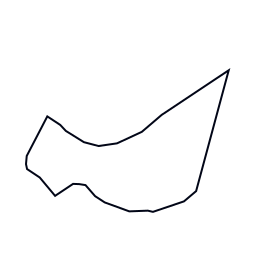 outline of Šalovci, rotated 110°
{"feature_id": "SVN-196", "entity_name": "Šalovci", "entity_type": "Municipality", "adm_level": 1, "iso_a3": "SVN", "parent_name": "Slovenia", "parent_adm1": "", "projection": "albers", "projection_center": [16.282, 46.821], "detail": "fine", "context": "isolated", "style": "outline", "palette": "ink", "viewbox_px": 256, "rotation_deg": 110, "n_neighbors": 0, "source": "natural_earth", "source_scale": "10m", "svg_char_len": 494}
<svg xmlns="http://www.w3.org/2000/svg" viewBox="0 0 256 256"><g transform="rotate(110 128 128)"><path d="M216.7,173.3L204.7,194.0L201.1,208.8L200.0,209.5L196.8,211.5L188.9,213.6L144.7,207.8L148.3,192.7L152.0,185.4L156.4,164.6L155.0,149.5L146.2,133.1L126.9,113.7L104.1,100.8L39.3,53.1L164.0,42.4L177.8,50.3L198.2,75.8L198.3,76.2L198.9,81.1L205.9,98.3L205.9,124.4L203.3,135.6L196.2,148.4L197.4,154.6L199.3,160.5L216.0,172.8L216.7,173.3Z" fill="none" stroke="#020617" stroke-width="2"/></g></svg>